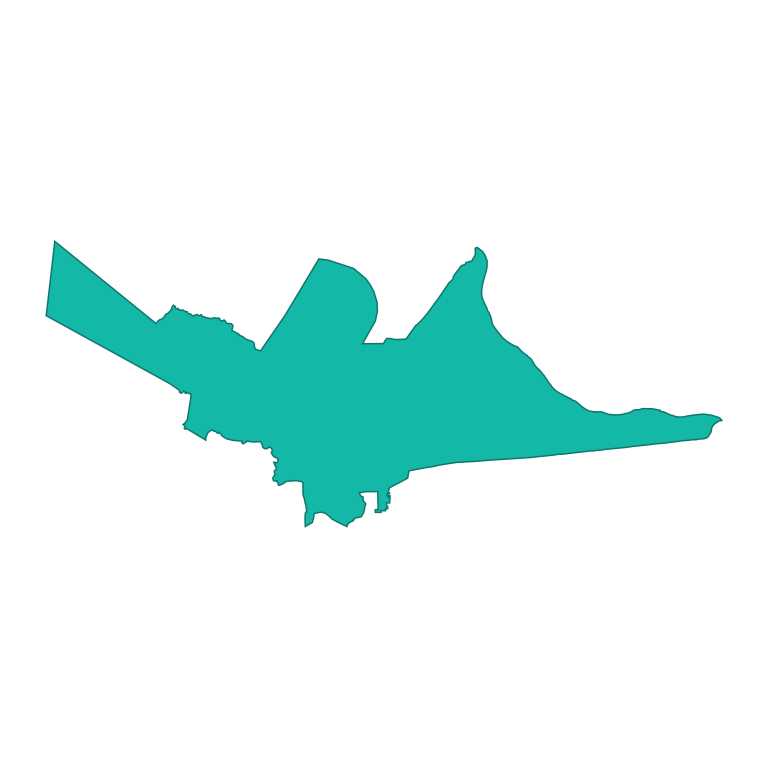 Siak, Riau, Indonesia (Mercator projection)
{"feature_id": "22746128B48036345674071", "entity_name": "Siak", "entity_type": "district", "adm_level": 2, "iso_a3": "IDN", "parent_name": "Indonesia", "parent_adm1": "Riau", "projection": "mercator", "projection_center": [101.837, 0.828], "detail": "fine", "context": "isolated", "style": "filled", "palette": "teal", "viewbox_px": 768, "rotation_deg": 0, "n_neighbors": 0, "source": "geoboundaries", "source_scale": "gbopen_adm2", "svg_char_len": 6128}
<svg xmlns="http://www.w3.org/2000/svg" viewBox="0 0 768 768"><path d="M54.8,241.4L46.3,315.2L46.1,315.6L170.3,383.9L178.9,389.9L179.7,390.8L179.4,391.9L179.9,392.5L181.3,393.2L182.6,392.6L182.9,391.7L183.1,391.5L184.3,391.3L185.2,392.4L185.1,393.1L185.5,393.4L186.1,393.4L186.3,392.7L186.5,392.4L187.0,392.4L188.5,393.3L189.7,393.5L190.2,394.2L191.1,394.4L190.2,401.9L187.3,419.8L184.6,423.4L183.1,424.5L185.4,426.6L184.2,428.3L185.3,429.2L187.0,428.8L205.8,440.1L205.7,437.4L206.7,435.7L207.2,433.8L208.6,432.0L210.5,430.7L212.3,430.0L213.7,431.1L215.7,431.4L217.1,433.0L218.3,433.2L219.3,432.5L222.2,436.0L225.0,437.9L227.0,438.9L232.6,440.3L241.9,441.1L242.1,441.5L241.8,442.7L242.3,442.9L243.4,443.9L244.4,442.8L245.8,442.4L246.2,442.0L246.2,441.4L246.5,441.1L253.5,442.0L260.8,441.6L261.3,443.1L262.2,444.4L262.2,445.1L262.7,447.0L264.0,448.3L265.0,448.7L266.9,448.6L267.4,448.4L268.8,447.4L269.7,447.4L270.6,447.6L271.2,448.1L272.3,450.1L272.1,451.3L271.4,452.4L271.3,452.9L272.0,453.6L272.1,454.3L273.6,456.3L274.0,456.4L274.5,457.0L275.0,456.9L275.3,457.2L275.6,457.2L276.0,457.8L277.0,458.0L278.1,459.1L277.8,461.1L277.0,462.4L276.3,462.8L275.8,462.9L275.0,462.4L273.7,462.3L274.4,464.1L274.9,464.7L274.9,465.3L275.8,466.4L276.3,468.9L276.0,469.9L275.5,470.0L274.9,470.7L274.2,471.1L274.9,475.3L274.1,475.9L272.8,478.0L272.9,478.9L273.4,480.5L273.8,480.8L274.5,481.0L276.0,480.9L276.5,480.6L277.1,480.9L277.1,481.9L278.5,483.8L278.6,484.4L278.3,484.8L278.7,485.3L279.5,485.2L282.1,484.2L283.8,482.9L284.0,483.0L284.7,482.8L285.0,481.9L288.0,481.1L293.5,480.9L295.2,480.6L301.1,481.4L302.9,482.5L303.0,492.8L303.2,494.8L303.7,497.0L304.2,498.0L304.6,500.3L306.1,506.5L306.5,509.1L307.0,510.2L305.3,513.3L305.0,518.4L305.3,526.5L312.3,522.5L313.8,517.2L314.1,513.6L318.1,512.6L321.0,512.2L323.7,512.7L326.2,513.8L329.0,516.1L332.1,519.1L337.5,522.0L346.9,526.6L348.3,523.1L349.0,523.0L349.6,522.6L349.9,522.1L353.2,520.8L353.1,520.4L353.5,520.3L353.9,519.4L353.9,518.9L354.4,518.9L354.8,518.3L355.4,518.0L361.2,516.8L363.8,512.3L365.0,505.9L365.7,504.4L365.7,503.6L363.5,501.0L363.1,499.4L363.0,496.8L360.5,495.9L359.4,492.8L365.7,491.7L377.8,491.6L378.1,509.6L375.3,509.7L375.3,512.4L381.0,512.4L380.9,510.7L385.6,510.7L385.6,508.8L387.7,508.8L387.7,506.8L387.3,507.0L387.1,506.1L386.6,506.1L386.6,502.9L389.7,502.9L389.6,499.4L390.0,499.3L390.0,495.7L388.5,495.7L388.5,496.8L388.1,496.8L388.1,495.6L387.6,495.6L387.6,495.1L387.3,495.2L387.4,494.4L387.1,494.4L387.1,493.7L389.6,493.6L389.6,493.1L388.7,493.1L388.7,492.8L388.1,492.8L389.4,488.1L389.8,487.6L407.6,478.2L409.0,470.8L426.0,467.6L434.2,466.4L437.6,465.4L453.0,462.9L456.8,462.4L474.6,461.4L490.6,460.1L531.9,457.4L540.7,456.3L543.1,456.2L553.6,455.0L555.2,454.9L558.0,454.3L562.3,454.2L591.2,450.8L593.0,450.9L595.1,450.7L597.1,450.3L601.7,450.0L603.3,449.6L627.0,447.3L632.1,446.5L651.9,444.4L652.9,444.1L664.6,443.1L674.1,441.8L677.0,441.6L680.9,440.9L689.2,440.2L691.9,439.8L696.3,439.7L698.8,439.1L704.2,438.7L706.9,437.8L708.2,436.6L711.0,432.1L711.8,427.8L712.3,426.8L712.9,425.7L714.9,423.6L719.4,420.8L721.5,420.6L721.9,420.3L719.5,417.8L713.9,415.9L711.2,415.2L704.6,414.2L702.0,414.2L693.9,415.0L687.6,416.0L683.7,416.9L679.8,417.1L676.7,416.8L675.3,416.5L672.1,415.3L670.8,415.2L669.1,414.2L668.5,414.3L666.3,412.9L663.9,412.0L660.4,411.3L660.2,410.3L652.3,408.8L643.4,408.6L641.9,408.8L639.2,409.7L634.3,410.0L633.4,410.2L632.9,410.9L628.2,413.1L625.2,413.5L622.6,414.4L619.0,414.7L617.9,415.0L616.4,414.8L615.6,415.0L610.5,414.5L609.9,414.7L605.4,413.3L601.7,411.9L600.6,411.7L599.7,411.9L596.4,411.9L595.9,412.4L595.2,412.2L595.8,412.1L595.9,411.9L595.6,411.7L594.8,411.6L594.6,411.9L588.7,410.9L588.1,410.4L585.9,409.4L581.9,406.7L575.7,401.3L572.7,400.3L571.6,399.3L569.5,398.3L569.2,397.9L568.1,397.7L567.2,397.0L565.7,396.5L562.3,394.5L559.1,392.9L555.9,390.8L552.6,387.7L551.5,386.3L551.2,385.6L549.2,383.2L544.5,376.2L539.5,370.0L537.5,368.4L535.1,365.7L531.5,359.6L530.1,358.1L528.9,357.3L527.0,355.4L525.3,354.4L521.5,351.2L517.4,346.8L514.5,346.0L510.0,343.4L508.2,342.1L507.7,342.1L505.7,340.5L502.0,337.0L499.4,333.7L497.5,331.7L497.3,331.2L494.0,326.8L493.8,326.2L493.2,325.7L492.2,323.2L490.7,316.4L489.6,314.3L489.2,313.1L487.9,311.1L487.1,309.3L486.8,308.0L483.0,300.2L481.7,296.1L481.6,290.3L482.8,283.3L485.2,274.2L486.0,272.0L486.9,268.2L487.2,261.1L485.2,255.6L483.0,252.1L481.8,250.8L479.6,249.4L479.4,249.0L477.4,247.6L476.7,247.5L476.0,247.7L475.8,248.2L475.4,248.3L475.2,248.5L475.4,252.8L475.0,255.3L474.9,256.0L473.5,257.8L472.0,260.9L470.4,261.2L467.8,262.3L466.2,262.4L465.0,264.5L461.3,265.7L453.8,275.7L453.3,277.1L453.0,279.1L448.7,283.2L437.6,299.6L436.6,300.7L427.7,313.0L425.5,315.5L424.7,316.7L420.5,321.4L417.2,324.5L415.8,325.5L415.3,326.4L414.3,327.3L413.2,329.2L412.2,330.3L406.1,339.1L395.5,339.6L390.6,338.6L387.7,338.4L386.9,338.5L385.9,339.4L383.4,343.6L362.6,343.7L375.4,320.9L377.4,311.1L377.1,302.5L373.9,291.8L370.4,285.1L366.0,278.9L353.5,268.4L328.7,260.3L318.9,258.9L285.1,315.3L260.5,351.0L255.6,349.2L254.7,347.6L254.0,343.1L253.3,342.2L251.7,341.2L249.9,340.5L247.2,339.8L246.4,339.4L244.5,338.1L243.4,337.1L241.2,335.8L240.0,335.7L239.6,335.4L239.3,335.1L239.0,334.3L238.4,333.9L232.8,330.9L232.2,330.8L231.9,330.3L232.9,326.3L232.8,325.4L232.2,324.6L231.5,323.9L230.2,323.5L228.3,323.6L226.8,323.2L226.2,322.8L225.0,320.6L224.6,320.2L223.9,320.1L222.0,321.0L220.9,321.0L220.1,319.9L219.7,318.8L218.8,318.0L216.2,318.3L214.7,317.8L213.7,317.8L211.3,318.7L206.9,317.8L205.2,317.6L204.9,317.2L203.9,316.7L202.7,316.7L202.3,316.4L201.5,314.8L200.9,314.8L200.1,315.6L199.3,315.9L197.5,314.6L196.7,314.6L194.1,315.4L193.7,315.9L192.8,316.1L190.2,313.8L188.3,313.6L187.8,313.2L187.2,311.8L186.7,311.6L184.9,311.4L182.8,309.9L182.1,310.0L181.2,310.5L179.8,309.8L178.6,309.6L178.0,308.4L176.3,308.8L175.4,307.8L175.4,306.4L174.0,305.9L173.4,305.2L171.9,307.4L171.8,308.2L170.7,310.7L170.2,310.9L169.7,311.7L168.7,312.4L168.0,313.2L166.1,314.1L163.6,317.5L162.7,318.5L161.2,319.3L160.0,319.6L157.9,321.1L157.1,322.3L155.8,323.4L54.8,241.4Z" fill="#14b8a6" stroke="#0f766e" stroke-width="1.5"/></svg>